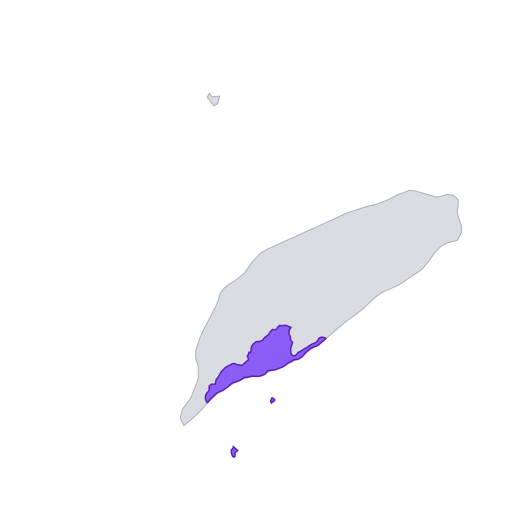 Taitung on a map of Taiwan (Equal Earth projection), rotated 41°
{"feature_id": "TWN-1177", "entity_name": "Taitung", "entity_type": "County", "adm_level": 1, "iso_a3": "TWN", "parent_name": "Taiwan", "parent_adm1": "", "projection": "equal_earth", "projection_center": [121.163, 22.723], "detail": "fine", "context": "in_parent", "style": "filled", "palette": "violet", "viewbox_px": 512, "rotation_deg": 41, "n_neighbors": 0, "source": "natural_earth", "source_scale": "10m", "svg_char_len": 2927}
<svg xmlns="http://www.w3.org/2000/svg" viewBox="0 0 512 512"><g transform="rotate(41 256 256)"><path d="M326.1,358.2L321.2,370.5L317.3,383.6L315.8,395.9L315.8,408.5L314.7,420.0L312.8,431.3L305.2,428.1L301.0,420.0L300.1,406.6L294.6,390.6L292.5,385.9L284.6,377.0L277.4,372.5L271.8,365.8L272.5,366.4L268.4,357.5L265.3,348.0L258.9,321.0L256.7,314.5L253.7,308.5L252.9,302.7L253.9,296.1L256.7,286.4L258.5,276.5L257.1,263.2L257.7,250.0L259.8,244.1L296.6,163.7L306.6,146.7L312.7,138.3L317.8,128.9L322.7,116.9L328.7,106.0L332.9,102.7L353.9,92.9L360.4,83.5L365.6,80.7L371.6,80.8L375.4,85.3L378.8,90.6L382.4,93.4L391.7,98.6L395.8,103.6L397.7,112.2L392.0,120.3L389.2,127.7L388.7,135.8L389.8,146.9L389.9,157.9L382.9,183.9L375.3,200.1L373.2,208.2L371.0,228.2L366.5,248.4L362.7,273.9L356.5,300.3L353.0,311.3L348.6,321.9L338.0,341.8L326.1,358.2ZM123.7,159.2L127.1,166.1L125.6,170.4L114.9,168.1L114.3,163.9L118.4,164.7L123.7,159.2Z" fill="#d9dde1" stroke="#a8b0b8" stroke-width="1"/><path d="M362.9,272.7L361.5,282.4L360.9,284.2L358.8,287.6L358.0,289.4L357.4,291.7L356.9,295.8L357.0,299.6L356.7,303.1L355.3,306.7L354.6,307.5L353.2,308.8L352.6,309.6L352.3,310.4L351.8,312.6L350.4,315.7L349.5,320.5L348.8,322.6L345.8,328.1L345.4,329.1L341.3,333.4L340.3,334.8L340.2,335.8L340.3,338.1L340.3,339.1L339.9,340.3L339.3,341.6L337.9,343.8L336.5,345.5L331.7,349.4L328.4,353.8L327.7,354.3L327.0,355.3L325.5,360.3L324.7,362.1L322.3,365.8L321.3,368.0L320.8,372.6L319.3,378.8L316.5,384.9L316.1,387.0L315.6,393.0L315.6,398.4L314.3,398.6L311.3,396.8L309.9,395.0L308.9,392.8L308.8,390.6L308.8,388.5L307.9,386.8L306.9,386.2L306.0,384.8L306.2,383.1L306.8,381.6L308.4,380.5L309.2,379.1L307.8,377.0L307.0,375.1L307.0,373.2L306.7,370.5L306.1,368.3L305.7,365.9L306.0,360.5L306.9,357.7L308.0,355.3L308.7,352.8L310.3,351.2L312.6,350.6L314.0,349.6L316.9,348.1L317.5,346.2L317.6,344.3L318.4,339.3L316.7,337.9L315.2,337.4L314.9,335.7L313.9,333.2L315.1,333.0L314.7,331.2L312.9,328.9L312.0,327.2L311.6,324.2L312.3,320.6L314.8,318.0L316.1,315.8L316.1,311.7L317.0,306.9L316.4,303.2L316.6,300.7L318.8,299.2L319.6,297.4L319.0,295.2L319.2,293.1L321.5,291.3L322.7,289.9L324.6,288.4L329.3,287.0L329.6,289.7L331.1,292.6L333.4,293.7L335.3,294.7L336.7,296.5L338.6,296.8L340.3,297.4L343.0,303.2L346.5,306.8L349.0,307.2L350.9,305.8L351.2,303.6L351.1,301.1L352.1,298.9L353.5,294.0L354.6,291.2L355.3,288.1L356.1,285.7L357.1,283.8L358.2,281.3L358.0,278.8L357.5,276.3L358.6,274.3L361.8,272.4L362.9,272.7ZM369.6,418.8L371.0,420.1L371.6,421.0L371.5,422.0L369.9,422.6L367.7,421.5L365.6,419.8L364.5,418.4L364.8,417.4L364.8,416.4L364.5,415.6L364.0,414.8L369.8,414.8L369.8,415.4L369.7,415.9L369.4,416.7L369.3,417.8L369.6,418.8ZM361.5,354.1L361.1,352.6L361.2,352.4L364.2,352.1L364.6,352.3L364.8,353.0L364.5,354.5L364.3,355.1L364.2,355.7L364.3,356.3L364.3,356.7L364.0,356.6L363.5,356.6L363.2,356.5L363.1,356.3L362.3,356.0L361.5,354.1Z" fill="#8b5cf6" stroke="#5b21b6" stroke-width="1.5"/></g></svg>